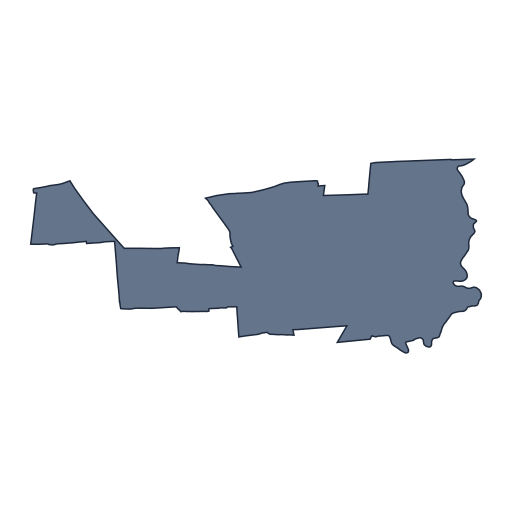 Frumusita, Galati, Romania
{"feature_id": "2599482B14808563602686", "entity_name": "Frumusita", "entity_type": "district", "adm_level": 2, "iso_a3": "ROU", "parent_name": "Romania", "parent_adm1": "Galati", "projection": "natural_earth1", "projection_center": [28.083, 45.663], "detail": "fine", "context": "isolated", "style": "filled", "palette": "slate", "viewbox_px": 512, "rotation_deg": 0, "n_neighbors": 0, "source": "geoboundaries", "source_scale": "gbopen_adm2", "svg_char_len": 6095}
<svg xmlns="http://www.w3.org/2000/svg" viewBox="0 0 512 512"><path d="M229.1,193.7L216.8,195.5L205.5,198.2L208.0,200.5L209.2,202.6L210.2,204.0L211.1,205.0L211.8,206.1L212.8,207.8L217.6,214.3L218.8,216.0L223.6,222.5L228.4,229.2L229.3,230.7L229.9,232.4L230.0,236.3L230.2,238.0L230.6,240.0L230.7,240.6L231.1,242.6L232.8,246.4L230.6,247.3L231.6,248.3L235.7,256.4L236.4,257.9L238.4,261.7L241.1,267.1L229.5,266.5L220.5,265.7L216.4,265.6L215.5,265.5L212.7,264.8L207.7,264.7L204.4,264.5L203.1,264.5L202.7,264.5L201.9,264.6L197.0,264.3L189.2,263.7L185.5,263.1L177.2,262.7L177.9,256.5L179.0,250.6L179.3,247.7L176.9,247.8L174.6,247.8L169.6,247.9L163.3,248.2L162.4,248.4L161.0,248.5L158.7,248.5L146.3,248.4L142.3,248.3L124.6,248.3L124.3,248.4L117.5,240.9L95.3,215.9L93.1,213.4L83.0,200.0L74.8,188.6L69.9,180.8L61.9,183.7L58.3,184.5L49.3,185.7L47.6,186.2L39.9,187.7L34.2,188.6L33.6,188.9L33.3,189.2L33.3,189.6L33.3,190.4L33.6,192.6L33.8,192.9L36.7,193.1L35.5,202.7L34.1,215.8L30.7,244.2L38.1,244.3L42.3,244.1L47.8,243.9L48.4,244.2L48.7,244.5L51.3,244.8L53.4,244.9L57.3,243.8L63.9,243.5L67.9,243.1L72.0,242.9L79.5,242.0L81.2,241.9L86.3,241.4L86.6,243.5L93.3,243.0L100.4,242.6L102.3,242.2L104.4,241.9L108.1,241.6L109.6,241.6L112.1,241.4L113.5,241.5L114.6,241.4L116.5,264.6L117.2,275.2L119.0,294.2L119.5,301.9L119.8,301.9L119.9,303.9L120.7,308.6L123.7,308.9L130.6,309.1L132.3,308.7L133.4,308.6L135.7,308.2L152.6,308.3L176.2,306.8L178.8,309.7L179.2,309.7L180.8,311.7L181.0,311.6L182.1,311.5L182.9,311.4L184.7,311.4L185.5,311.4L186.4,311.5L187.5,311.5L189.5,311.5L190.3,311.6L199.1,311.5L204.6,311.4L206.4,311.5L207.7,311.4L208.9,311.1L209.0,311.0L208.7,309.0L208.8,308.8L208.9,308.7L211.3,308.5L215.6,308.4L216.0,308.3L217.8,308.3L221.3,307.8L221.8,307.8L222.2,307.9L225.4,307.9L226.3,307.9L227.8,306.9L230.4,306.8L231.9,306.9L234.6,306.8L236.8,306.8L237.2,314.6L237.4,316.4L238.3,329.5L238.5,332.3L238.6,333.6L238.9,337.0L239.6,336.8L245.4,335.9L254.3,334.8L256.9,334.5L258.2,334.3L260.6,333.6L261.2,333.4L261.8,333.0L263.6,332.9L266.9,332.3L267.2,332.4L268.1,333.2L269.2,333.9L269.9,334.2L270.5,334.3L271.7,334.3L273.8,334.4L275.9,334.5L276.4,334.7L277.2,334.6L277.8,334.6L279.2,334.7L281.0,334.6L281.9,334.6L283.7,334.7L284.4,334.8L287.9,335.0L288.1,334.8L288.3,334.8L289.3,334.9L290.4,334.9L294.0,335.2L292.9,329.7L296.8,329.6L301.2,329.3L338.2,326.4L346.9,325.8L337.3,342.4L363.7,339.8L370.1,339.2L371.7,335.9L374.7,336.6L376.0,336.8L377.4,336.3L378.8,336.1L387.5,335.4L388.1,335.5L388.7,335.8L389.3,336.3L389.7,336.9L390.3,338.5L390.7,339.8L391.2,341.9L391.6,343.1L392.0,343.8L392.5,344.5L393.4,345.3L394.3,346.0L397.4,347.9L400.4,350.2L402.7,351.5L404.2,352.4L405.1,352.7L405.9,352.9L406.7,352.9L407.3,352.7L408.0,352.3L408.3,351.8L408.5,351.1L408.6,350.4L408.3,349.3L407.4,347.2L406.0,344.1L405.6,343.1L405.6,342.8L405.7,342.5L406.0,342.2L406.3,342.0L407.1,341.7L408.4,341.5L409.8,341.2L411.6,340.7L412.9,340.5L413.7,340.2L414.0,339.8L414.2,339.7L414.8,339.3L416.1,338.7L417.5,338.3L418.9,337.9L419.7,337.8L420.4,337.8L421.1,338.0L421.8,338.4L422.9,339.4L423.1,339.7L423.9,344.0L424.1,344.4L424.3,344.7L424.6,345.1L425.3,345.6L426.3,346.3L427.8,346.8L428.6,347.0L429.2,347.0L429.7,347.0L430.2,346.8L430.6,346.5L431.2,345.8L431.5,344.9L431.6,342.4L431.7,341.2L432.2,339.8L432.4,339.7L432.6,339.2L433.0,338.9L433.7,338.4L435.7,338.0L437.2,337.8L438.5,337.2L439.1,336.8L439.4,336.2L439.8,334.9L440.2,333.6L440.8,332.4L441.2,331.1L441.7,329.2L442.1,327.9L442.9,326.1L444.3,323.8L445.3,322.7L446.9,320.5L447.7,319.4L448.5,318.4L449.2,317.3L450.0,316.3L451.4,314.1L453.1,313.1L454.4,312.7L456.9,312.0L459.0,311.6L460.4,311.4L461.8,311.4L463.1,311.3L463.8,311.2L465.0,310.6L466.0,309.7L466.5,309.2L467.1,308.1L467.3,307.6L467.6,307.1L468.3,306.8L469.6,306.7L471.7,306.0L473.5,305.9L475.0,305.9L475.6,305.8L476.9,305.3L477.4,304.9L477.7,304.4L478.3,303.3L478.6,302.1L478.8,300.9L479.6,299.8L480.4,298.8L480.7,298.3L480.9,297.7L481.3,296.5L481.3,293.8L481.0,293.1L480.5,292.0L479.8,290.8L479.7,290.3L478.6,289.3L477.5,288.5L477.0,288.1L476.1,287.6L474.9,287.3L474.3,287.2L473.7,287.2L473.1,287.3L469.7,288.4L466.9,288.1L464.3,286.7L462.7,286.2L461.4,286.1L459.0,286.3L458.3,286.4L457.5,286.3L456.7,286.1L455.6,285.7L454.3,284.7L453.9,284.3L453.2,282.9L453.1,282.4L453.6,281.4L454.0,281.1L454.6,281.0L456.4,280.9L458.8,281.2L460.0,281.3L461.2,281.2L462.4,281.1L464.0,280.4L465.0,279.8L465.9,279.1L466.6,278.2L467.1,277.3L467.2,276.2L467.2,275.2L466.9,273.6L466.1,271.6L465.6,270.7L464.9,269.8L464.2,269.0L462.2,267.1L461.5,266.2L461.0,265.3L460.8,264.8L460.5,263.2L460.6,262.2L460.8,261.6L461.9,259.3L462.8,257.9L463.8,256.7L464.7,255.5L465.9,253.7L467.0,251.9L467.8,251.1L468.4,249.7L468.6,249.2L468.8,248.0L468.9,246.9L468.7,242.4L468.9,241.2L469.2,240.0L469.7,238.7L470.6,237.0L471.9,235.5L472.8,234.5L473.8,233.6L474.8,231.9L474.9,231.3L474.8,230.7L474.0,229.1L473.6,228.5L473.4,227.3L473.3,226.1L473.5,224.2L473.8,223.7L475.3,222.5L476.5,221.1L476.4,220.5L475.9,220.1L474.0,219.2L473.4,219.0L472.1,218.6L470.9,218.1L470.4,217.7L469.6,216.8L468.8,215.8L468.3,214.7L468.2,214.0L467.9,209.2L467.6,206.8L467.3,205.6L466.8,204.2L466.2,203.0L465.5,201.9L463.5,198.4L462.4,196.1L461.9,194.9L461.6,193.6L461.2,191.8L461.5,189.1L461.8,187.9L463.1,185.5L463.9,184.4L464.3,183.8L464.4,182.5L464.4,181.9L464.1,180.6L462.1,176.4L461.0,174.7L460.6,174.2L459.5,172.6L458.6,171.5L457.8,170.4L457.1,169.2L457.2,168.3L457.4,167.5L457.7,167.0L458.7,166.0L459.4,165.9L460.1,165.9L460.8,165.9L462.2,165.6L465.0,164.7L466.2,164.0L467.5,163.4L471.2,161.2L472.4,160.4L472.9,160.0L474.0,159.1L452.4,159.8L451.4,159.8L451.1,159.4L404.6,161.2L398.0,161.4L395.0,161.5L394.7,161.6L375.9,162.5L370.8,163.4L370.7,164.9L370.3,168.4L368.9,183.3L368.7,186.1L368.7,186.3L368.4,189.1L367.9,194.2L365.1,194.1L347.6,194.8L323.4,195.5L324.8,185.5L318.0,186.0L318.3,184.4L318.3,183.6L317.5,182.6L317.6,181.1L316.1,180.7L301.2,181.5L290.8,182.2L284.3,183.1L280.2,184.3L274.4,186.6L266.2,189.0L262.0,190.1L252.5,192.3L251.3,192.5L242.2,193.1L236.6,193.3L235.5,193.5L231.7,193.6L229.1,193.7Z" fill="#64748b" stroke="#1e293b" stroke-width="1.5"/></svg>